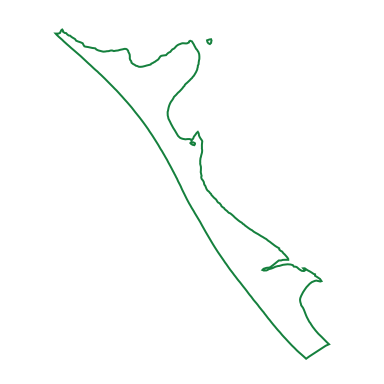 the district of São José do Norte, Rio Grande do Sul, Brazil, rotated 96°
{"feature_id": "56859067B56397932156398", "entity_name": "São José do Norte", "entity_type": "district", "adm_level": 2, "iso_a3": "BRA", "parent_name": "Brazil", "parent_adm1": "Rio Grande do Sul", "projection": "equal_earth", "projection_center": [-51.727, -31.8], "detail": "fine", "context": "isolated", "style": "outline", "palette": "green", "viewbox_px": 384, "rotation_deg": 96, "n_neighbors": 0, "source": "geoboundaries", "source_scale": "gbopen_adm2", "svg_char_len": 5904}
<svg xmlns="http://www.w3.org/2000/svg" viewBox="0 0 384 384"><g transform="rotate(96 192 192)"><path d="M329.1,39.8L327.6,41.8L324.4,45.7L322.5,48.0L319.8,51.5L316.9,54.6L314.7,56.7L313.7,57.7L311.5,59.5L309.9,60.7L308.8,61.8L304.3,64.8L302.3,65.9L297.4,68.4L295.6,69.5L294.2,70.7L293.4,71.5L292.1,71.9L290.3,72.7L288.9,73.1L287.5,73.3L286.2,73.2L284.0,72.6L280.1,71.1L277.0,69.5L274.7,68.2L272.2,66.3L271.0,65.4L269.1,63.4L267.6,60.6L267.1,59.1L267.3,57.6L267.6,55.0L267.1,53.9L265.1,55.6L263.6,58.4L262.4,60.9L261.0,61.0L260.8,62.4L259.7,64.4L258.7,66.5L257.8,68.8L257.0,70.3L256.1,71.9L256.3,73.3L258.1,71.4L258.9,72.4L258.9,74.6L258.2,76.2L257.5,77.5L255.9,79.7L255.5,80.9L255.5,83.0L254.2,84.1L253.8,86.4L253.9,89.4L254.9,93.9L256.4,97.5L256.7,98.9L257.6,101.2L258.9,103.3L259.7,104.8L260.8,107.7L261.5,108.5L262.2,109.7L262.6,112.4L262.2,113.8L260.9,112.8L259.7,110.1L259.4,108.9L259.2,107.6L258.6,106.3L256.3,103.8L251.0,98.5L250.8,96.3L250.0,94.5L249.7,92.3L249.4,89.2L248.5,89.3L247.1,90.4L244.4,93.3L243.7,94.3L242.9,95.2L241.9,96.0L241.2,97.7L240.1,99.2L238.9,99.4L238.1,101.2L237.1,103.3L236.3,104.7L235.6,105.8L234.9,107.0L233.2,109.7L232.7,110.8L231.9,112.0L231.0,113.3L230.3,115.0L229.3,117.0L228.7,118.5L227.0,121.9L226.0,124.3L225.1,126.3L223.6,128.6L223.2,129.8L222.6,130.9L221.7,132.5L220.8,134.0L219.7,135.9L218.9,136.8L218.4,138.0L217.3,139.3L216.6,140.9L215.5,142.8L212.8,146.8L211.7,148.1L210.4,149.9L209.3,151.6L208.8,153.3L208.0,154.3L207.2,155.2L206.5,156.4L205.6,157.7L204.5,158.6L203.9,159.9L203.0,161.2L201.9,161.8L200.3,163.4L199.8,164.8L199.0,165.7L197.0,167.2L195.2,169.8L193.9,171.2L193.0,172.3L191.9,172.9L191.2,173.9L189.9,175.1L188.9,176.7L187.9,177.6L186.9,178.2L185.7,178.8L184.4,179.5L183.4,180.5L182.2,180.9L180.9,181.3L179.4,182.3L178.2,183.6L177.0,184.2L176.0,184.4L175.0,184.1L174.1,184.5L172.7,184.9L171.3,185.4L170.0,185.4L167.2,185.6L165.9,185.8L163.2,186.8L161.6,186.9L160.2,187.1L158.8,187.1L157.5,187.1L156.1,186.8L154.8,186.7L151.8,186.2L150.0,186.2L148.7,186.4L147.8,186.7L146.4,186.8L145.0,187.0L143.5,187.1L141.8,187.1L140.4,187.1L139.1,188.0L137.9,189.1L136.4,190.2L135.0,191.0L134.0,191.2L132.8,191.6L131.6,192.5L132.8,193.6L133.8,194.1L135.5,195.1L136.7,195.9L138.7,196.4L139.8,197.2L141.1,197.9L139.8,198.6L139.6,200.2L139.9,202.3L140.3,204.1L140.1,206.7L139.8,208.2L139.3,209.6L137.7,211.7L135.3,213.5L132.7,215.4L130.2,217.4L126.4,220.0L124.4,221.2L121.5,223.1L119.8,223.6L118.6,224.1L116.6,224.4L114.9,224.6L113.9,224.4L110.7,224.1L108.9,223.8L107.3,223.4L105.5,222.8L104.2,222.2L102.9,221.4L100.9,220.4L99.4,219.9L98.4,219.1L97.0,217.9L95.4,216.8L94.5,216.1L93.5,215.1L90.9,213.1L89.4,212.1L88.3,211.5L87.4,210.7L86.0,210.2L84.9,209.3L84.0,208.4L81.2,206.0L79.6,204.8L78.8,204.0L77.5,203.3L76.2,202.3L74.3,201.4L72.3,200.5L69.6,199.6L68.6,199.6L67.2,199.3L65.9,199.4L64.1,198.8L62.7,198.9L60.4,198.8L59.0,198.6L57.8,198.7L56.7,198.8L55.5,199.0L54.1,199.3L52.2,200.2L49.8,202.1L49.1,203.0L47.7,203.9L46.3,204.9L45.1,205.6L43.2,207.1L42.3,207.7L41.8,209.6L42.6,210.6L43.6,210.7L44.7,212.5L44.9,214.1L45.0,216.7L45.4,218.0L46.0,219.1L46.5,220.2L47.3,221.5L48.4,222.7L51.1,224.7L52.3,226.5L53.9,227.6L54.9,228.2L55.6,229.4L56.3,230.3L57.6,231.4L58.6,232.1L59.3,235.1L59.8,236.8L60.6,237.7L62.2,238.6L63.7,239.4L65.6,241.7L66.3,242.4L67.1,243.6L67.9,244.6L68.6,245.9L69.5,246.4L70.1,247.9L70.9,250.2L71.7,252.1L72.5,254.3L72.9,256.2L73.0,258.0L72.5,259.4L72.2,261.2L71.5,262.3L70.8,264.1L69.7,265.7L68.3,266.1L67.3,267.1L65.9,267.8L64.8,267.9L63.6,268.0L61.7,268.4L60.2,269.3L59.2,270.0L58.2,270.3L57.1,271.4L56.6,272.6L56.7,274.1L57.3,275.7L58.1,278.3L59.0,280.4L59.4,282.4L60.0,284.4L59.6,286.4L59.9,288.0L60.6,289.5L60.9,291.4L61.4,293.1L61.7,295.0L61.5,296.5L61.0,299.9L60.3,302.0L59.3,303.1L59.2,304.5L59.2,305.9L59.0,307.8L58.7,310.6L58.6,312.8L58.4,314.2L57.2,315.2L55.5,316.3L54.9,318.1L54.6,319.3L54.2,321.1L53.6,323.1L52.3,324.1L51.6,325.4L50.9,327.0L50.2,328.3L49.3,329.5L49.2,331.1L48.2,332.7L47.2,333.7L47.1,335.2L46.1,337.0L44.8,337.3L44.0,338.1L44.8,338.9L47.7,340.0L48.5,341.7L48.7,344.2L49.8,343.0L51.6,340.7L54.2,337.0L55.5,335.4L58.2,331.7L59.8,329.4L61.4,327.2L62.9,325.0L68.6,316.8L70.5,314.3L74.9,308.5L76.7,306.0L79.4,302.5L80.7,300.7L82.1,298.6L83.5,296.9L85.1,294.7L88.4,290.5L92.2,285.9L95.7,281.6L97.4,279.6L98.8,277.8L101.0,275.3L103.0,273.1L104.3,271.6L107.0,268.7L109.5,265.9L112.6,262.6L114.4,260.7L116.5,258.7L118.7,256.6L123.2,252.1L127.9,247.7L130.9,245.0L132.5,243.6L134.1,242.2L135.9,240.8L139.9,237.4L147.5,231.4L149.2,230.1L150.9,228.9L152.7,227.6L154.5,226.1L156.2,224.9L158.5,223.2L160.2,222.0L162.6,220.2L165.1,218.6L167.1,217.2L168.1,216.5L169.1,215.8L171.8,214.0L173.5,212.9L174.6,212.1L175.9,211.3L177.3,210.3L178.8,209.4L180.2,208.4L181.8,207.5L183.0,206.8L186.6,204.4L187.9,203.6L189.2,202.9L190.6,202.1L195.0,199.3L199.6,196.4L203.6,193.7L205.6,192.2L207.6,190.8L210.7,188.4L212.7,187.0L215.2,185.1L221.0,180.7L224.1,178.6L230.3,174.2L240.3,166.8L241.9,165.6L244.6,163.5L248.1,160.7L249.2,159.8L257.0,153.1L258.5,151.9L260.1,150.4L263.6,147.4L265.3,145.9L268.2,143.1L270.1,141.4L271.3,140.2L272.9,138.7L274.0,137.7L275.5,136.2L276.8,134.8L280.6,131.2L282.6,129.2L284.7,127.2L286.6,125.5L288.3,123.9L290.1,122.0L291.0,121.2L292.9,119.5L294.7,117.6L295.9,116.3L297.5,114.7L299.3,113.1L301.1,111.3L303.0,109.4L304.2,108.1L305.4,107.1L306.7,105.8L308.2,104.4L309.8,102.9L311.3,101.3L313.1,99.6L314.2,98.5L315.8,96.9L317.1,95.5L318.6,94.0L320.4,92.1L322.5,89.7L324.7,87.5L326.5,85.5L328.1,83.6L330.5,80.9L332.4,78.7L334.2,76.6L336.3,73.9L338.8,70.9L340.4,68.7L342.2,66.1L344.8,62.5L345.9,61.1L343.4,58.3L330.9,42.9L329.1,39.8ZM142.7,198.0L142.5,195.7L143.3,194.1L144.3,194.1L145.2,194.6L145.0,196.3L144.4,197.7L143.5,198.7L142.7,198.0ZM39.4,188.4L38.1,189.0L38.5,190.6L39.6,192.9L41.1,192.4L42.4,191.3L43.0,189.7L41.7,188.6L40.6,188.6L39.4,188.4Z" fill="none" stroke="#15803d" stroke-width="2"/></g></svg>